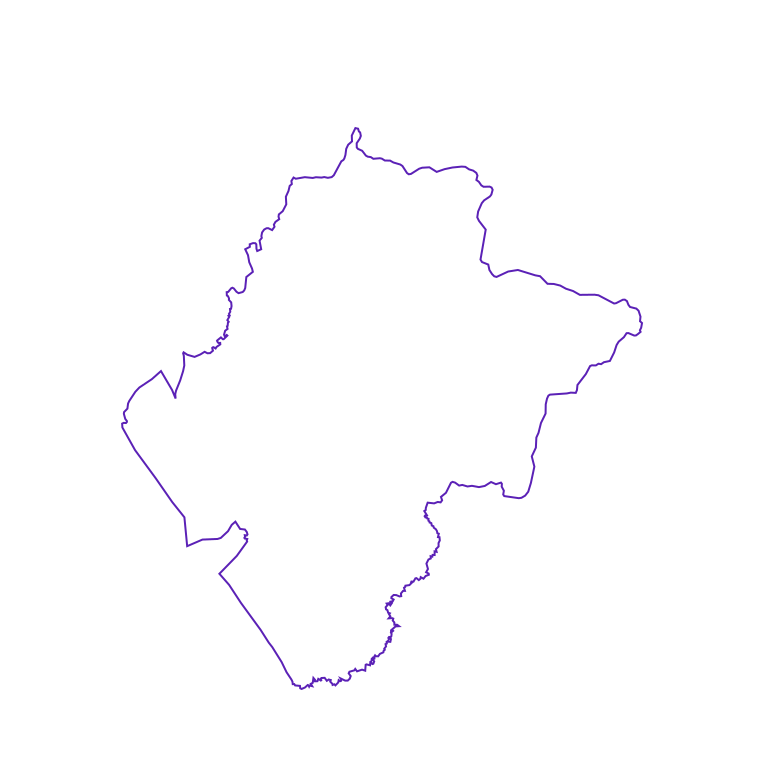 Srinagarindra, Phatthalung, Thailand, rotated 147°
{"feature_id": "78962969B8078558348171", "entity_name": "Srinagarindra", "entity_type": "district", "adm_level": 2, "iso_a3": "THA", "parent_name": "Thailand", "parent_adm1": "Phatthalung", "projection": "albers", "projection_center": [99.922, 7.561], "detail": "fine", "context": "isolated", "style": "outline", "palette": "violet", "viewbox_px": 768, "rotation_deg": 147, "n_neighbors": 0, "source": "geoboundaries", "source_scale": "gbopen_adm2", "svg_char_len": 6166}
<svg xmlns="http://www.w3.org/2000/svg" viewBox="0 0 768 768"><g transform="rotate(147 384 384)"><path d="M598.5,169.7L597.9,169.8L598.0,171.1L596.6,171.5L593.8,169.9L593.6,166.2L591.3,166.3L589.9,164.7L591.2,163.7L590.6,160.6L591.0,159.6L589.2,159.2L588.9,157.7L585.0,158.6L583.3,160.3L582.7,158.7L581.9,158.4L580.9,159.1L580.8,160.8L578.2,156.5L575.9,155.0L573.2,155.5L571.0,157.2L571.2,160.6L569.7,161.5L564.8,160.0L563.3,160.7L563.1,157.7L558.0,156.4L555.9,153.8L552.3,158.5L551.4,158.4L548.9,155.7L546.8,158.4L545.9,158.3L546.6,156.2L546.2,155.4L545.3,155.2L543.3,156.7L543.4,158.2L544.6,159.4L544.0,160.2L542.5,160.5L542.6,159.1L541.6,158.9L540.4,160.8L539.3,161.3L539.1,160.1L537.2,158.8L534.4,159.9L530.7,159.3L529.4,160.6L528.1,160.7L527.9,161.9L525.2,162.8L524.4,165.0L523.0,164.8L522.3,166.3L520.4,166.4L520.7,165.5L519.1,164.3L517.1,166.3L517.5,167.2L519.0,167.5L518.6,168.7L517.5,169.1L516.1,168.1L515.3,168.4L513.7,170.3L513.6,171.6L510.8,172.0L511.0,172.9L512.6,173.0L512.2,173.6L506.3,174.4L503.3,172.7L504.1,174.9L506.4,176.5L505.2,178.4L505.5,180.9L504.0,182.2L504.8,183.3L507.7,184.9L505.2,185.7L505.2,188.1L504.0,188.5L505.1,189.9L504.3,192.5L505.0,193.9L504.2,195.9L501.3,196.7L501.3,198.4L499.5,197.6L499.3,194.9L496.4,196.1L496.4,196.8L497.6,197.3L497.3,198.0L494.9,197.1L493.3,198.0L494.5,200.3L493.8,201.3L490.8,201.8L488.7,200.3L486.7,197.4L485.1,196.7L483.9,199.1L480.7,200.1L479.1,199.1L478.2,202.2L476.7,202.3L475.9,203.2L472.2,201.5L468.8,202.2L469.2,203.0L468.6,203.4L466.9,202.2L463.5,203.9L462.5,203.5L461.6,200.6L459.6,200.8L458.4,202.0L456.9,199.2L453.7,200.3L450.3,199.6L449.8,200.7L451.2,203.2L447.9,204.9L446.2,210.3L442.3,212.6L439.8,212.2L438.7,214.2L437.5,212.9L436.3,214.2L434.7,213.0L432.7,216.1L431.3,214.6L430.4,217.2L426.7,218.0L424.9,220.9L422.4,222.4L420.9,225.3L422.1,226.2L419.6,228.6L420.5,229.8L419.7,231.8L419.6,233.9L420.5,236.4L420.0,237.8L421.0,239.3L420.1,241.6L421.2,243.0L420.7,244.0L421.2,245.2L420.1,246.7L421.0,247.7L420.7,248.8L421.9,249.5L421.9,251.0L421.2,251.3L419.5,250.6L419.4,255.5L417.6,255.6L416.4,257.3L412.0,260.7L407.0,256.6L403.2,255.8L401.0,253.9L398.6,254.8L397.7,258.3L391.3,259.0L381.6,264.7L379.8,264.6L378.1,262.6L376.3,257.9L373.3,256.7L369.8,252.6L365.7,250.7L360.5,245.8L355.0,243.6L347.6,243.5L344.7,239.0L339.6,237.6L339.5,236.1L341.2,233.8L341.6,229.2L344.2,226.4L344.2,224.5L333.1,214.8L330.7,213.7L326.4,213.5L321.7,215.1L314.7,221.0L302.9,232.8L299.5,242.8L291.3,247.9L285.4,256.1L281.0,258.9L273.6,265.8L264.6,271.2L259.4,278.9L255.3,282.9L252.5,284.7L250.6,284.7L235.8,276.5L232.0,275.0L228.0,272.1L225.5,273.8L222.3,277.8L209.3,282.4L201.4,286.8L199.6,286.5L196.2,284.2L193.1,284.2L191.1,282.4L187.7,282.5L182.0,280.3L173.8,285.1L167.7,290.0L164.1,291.7L157.3,292.6L152.9,294.5L151.3,293.6L147.8,288.4L146.3,287.5L143.8,287.6L140.4,288.0L140.1,289.7L137.7,291.1L134.4,294.6L135.1,297.2L132.2,300.8L130.6,306.8L131.3,309.8L135.7,314.6L135.9,317.3L135.1,321.2L136.1,323.6L137.8,324.6L145.4,325.4L147.2,326.2L155.8,341.6L158.9,344.3L171.2,352.1L174.8,359.0L179.5,364.8L182.6,370.6L187.1,375.4L192.3,379.0L194.4,389.4L197.9,392.7L209.6,406.7L218.6,410.7L231.3,412.5L232.9,414.3L233.5,417.3L233.5,422.2L231.5,427.4L235.4,432.9L235.3,435.8L214.6,458.1L215.5,469.1L215.0,473.0L211.1,477.4L203.5,482.4L200.0,483.5L193.0,483.6L190.8,484.4L187.1,487.7L186.8,490.2L187.9,492.0L193.1,495.2L194.2,497.6L194.3,501.9L195.4,504.8L192.1,507.9L191.6,510.8L193.0,514.4L195.7,517.6L197.5,521.8L200.4,524.0L208.7,528.3L216.2,531.2L224.3,533.2L227.9,541.0L234.2,544.6L237.3,545.4L247.0,545.5L249.0,546.4L249.8,548.4L249.8,556.8L250.8,559.2L255.5,564.7L257.2,568.0L261.6,571.0L263.1,574.2L264.5,575.6L270.3,578.7L271.5,581.5L273.8,583.5L274.8,585.4L275.3,591.5L277.8,595.4L278.0,597.2L275.8,600.8L270.6,603.0L268.3,604.7L267.0,608.0L267.5,609.5L266.7,612.2L268.6,614.2L275.7,609.9L278.7,604.9L283.7,604.2L287.6,601.8L291.6,597.1L294.5,594.7L296.1,594.0L298.5,594.0L312.4,586.4L315.2,586.0L318.8,587.5L321.4,590.1L323.9,591.1L328.5,594.5L331.5,595.6L337.8,600.6L346.2,604.2L347.4,606.4L351.1,604.7L352.4,601.9L355.2,601.5L359.0,597.9L364.3,594.5L368.1,587.9L374.8,584.1L379.8,583.5L381.3,581.8L382.1,579.3L386.7,579.1L389.6,577.6L390.2,575.5L394.0,574.0L396.2,577.7L397.7,578.6L400.4,578.8L403.7,577.5L406.3,574.8L406.9,573.1L410.3,572.0L413.6,563.9L417.9,564.6L417.3,566.9L415.0,570.7L415.2,572.1L417.1,573.5L420.5,574.3L421.8,572.1L427.0,572.6L427.9,566.1L430.7,559.5L431.8,552.7L432.9,549.5L441.2,548.7L448.1,540.1L450.3,538.6L452.4,538.1L456.5,539.4L457.5,541.7L457.9,545.9L458.7,547.3L460.0,547.5L464.5,546.1L465.9,546.7L467.6,543.8L467.0,542.6L467.4,540.1L468.3,539.0L467.7,535.7L469.4,532.4L471.3,530.4L472.3,530.8L473.6,528.3L475.9,527.2L476.1,525.6L477.3,525.8L477.2,524.6L480.6,522.9L480.4,520.7L481.5,520.4L483.5,517.9L484.3,517.9L485.2,515.4L488.2,515.2L491.3,512.5L491.6,510.7L489.2,510.8L489.0,509.9L494.1,508.9L494.8,509.4L495.4,511.9L500.0,511.4L500.5,511.2L500.7,509.4L500.4,508.5L499.0,507.7L499.7,506.4L504.2,506.3L505.9,505.5L506.9,507.7L507.7,508.0L508.5,507.8L509.3,505.1L513.0,504.6L515.3,505.9L516.9,508.7L521.9,508.8L528.1,509.9L533.0,515.6L534.8,519.7L535.7,519.2L536.5,516.7L541.4,508.3L545.5,504.2L553.0,498.0L562.0,491.7L564.6,489.2L566.7,485.3L565.0,494.4L564.0,516.3L576.1,514.5L591.1,514.3L596.8,512.9L606.9,508.5L609.3,507.0L612.6,503.1L617.3,502.0L618.4,500.7L620.0,495.7L619.8,492.9L620.3,492.2L621.7,491.8L623.5,493.2L625.2,493.4L627.1,490.0L628.8,464.1L626.8,429.3L625.9,400.3L624.0,380.9L637.4,355.2L621.0,352.4L608.0,344.7L604.7,343.8L595.0,345.5L588.4,348.8L583.6,349.5L583.6,340.8L579.9,337.7L579.7,334.6L580.4,332.2L581.6,331.7L583.1,333.0L583.7,331.6L584.9,331.0L584.9,330.2L583.1,328.5L584.4,327.4L584.6,326.4L601.1,320.0L625.4,314.5L623.3,299.9L623.2,278.4L621.4,245.0L621.5,229.8L621.0,224.2L621.3,206.5L622.7,195.3L622.6,186.6L622.9,184.2L624.0,182.0L622.7,181.2L622.7,179.6L618.9,176.6L620.0,174.4L619.3,173.2L615.7,172.5L611.9,173.1L611.4,172.4L611.6,171.0L610.6,171.6L608.8,169.7L608.7,172.4L606.5,172.2L603.3,175.9L603.0,173.6L603.9,173.2L603.9,172.3L601.7,171.0L599.7,172.5L598.5,169.7Z" fill="none" stroke="#5b21b6" stroke-width="2"/></g></svg>